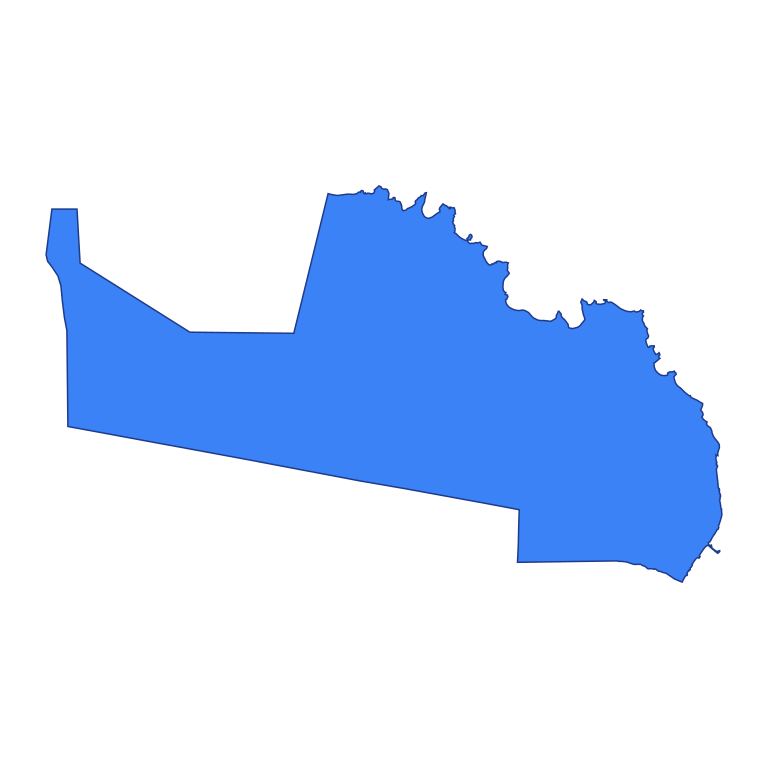 the district of Aleipata itupa i Lalo, Atua, Samoa
{"feature_id": "51752279B65562050624331", "entity_name": "Aleipata itupa i Lalo", "entity_type": "district", "adm_level": 2, "iso_a3": "WSM", "parent_name": "Samoa", "parent_adm1": "Atua", "projection": "mercator", "projection_center": [-171.461, -13.991], "detail": "fine", "context": "isolated", "style": "filled", "palette": "blue", "viewbox_px": 768, "rotation_deg": 0, "n_neighbors": 0, "source": "geoboundaries", "source_scale": "gbopen_adm2", "svg_char_len": 5244}
<svg xmlns="http://www.w3.org/2000/svg" viewBox="0 0 768 768"><path d="M149.8,441.6L196.6,450.2L216.1,453.8L245.9,459.3L360.9,481.1L404.1,488.5L477.5,501.9L519.2,509.7L518.7,526.8L518.3,544.9L517.5,562.3L616.8,560.9L618.5,561.3L621.9,561.4L626.4,561.9L633.9,564.4L640.7,564.3L642.4,565.5L645.0,566.4L647.9,568.8L652.6,568.7L653.6,569.3L655.4,568.9L658.4,571.2L660.1,571.4L663.7,572.7L666.0,573.2L674.6,579.0L682.1,582.1L684.6,577.3L685.7,575.7L687.1,575.4L687.4,574.3L686.8,573.5L688.9,570.2L689.5,570.5L690.3,569.3L690.2,567.8L691.3,567.0L692.4,565.0L692.0,564.5L694.1,561.2L696.2,558.5L698.0,557.4L699.0,558.2L700.1,556.7L699.3,555.5L701.0,552.8L704.5,547.8L706.5,545.8L708.1,545.3L716.4,552.3L717.8,553.3L719.8,551.5L719.6,550.6L717.9,551.3L716.3,551.3L712.9,548.8L711.9,547.8L711.4,545.1L709.5,545.5L708.6,544.4L708.4,542.6L709.7,541.9L711.0,540.0L712.1,537.6L715.0,533.4L717.2,529.5L718.0,529.4L718.8,527.6L718.4,526.4L720.2,521.1L721.7,515.8L721.9,513.9L721.6,511.9L721.6,509.0L721.0,508.8L720.6,505.4L719.6,499.8L720.1,499.0L720.2,496.2L720.6,496.1L720.2,494.0L719.6,493.8L719.5,491.7L718.9,490.6L719.6,489.9L719.2,488.5L718.5,488.4L718.2,487.2L717.8,481.9L716.5,471.0L716.4,468.7L717.5,466.7L717.4,465.2L716.3,465.0L716.2,463.2L716.9,462.9L715.8,458.5L716.3,455.8L715.9,455.0L717.9,455.7L717.7,453.0L719.4,447.6L719.3,444.7L718.2,442.6L714.7,438.2L713.2,435.8L712.0,432.7L711.8,430.9L710.4,427.7L708.2,426.2L707.1,425.3L706.5,423.6L707.1,422.0L705.6,421.2L703.3,419.3L701.9,417.0L703.1,414.9L702.7,412.7L702.1,411.8L700.7,410.2L702.6,405.2L702.6,403.4L700.8,402.6L697.3,400.3L691.2,397.6L690.3,395.6L689.2,395.8L685.0,392.5L680.7,388.2L677.5,385.8L675.5,383.1L674.3,379.0L673.9,376.8L676.2,374.2L675.7,372.7L674.7,372.2L674.3,371.1L672.5,371.9L669.5,371.9L667.7,373.0L667.5,375.1L666.1,375.5L663.7,375.6L661.1,375.2L658.5,373.6L656.8,371.9L655.4,370.2L654.4,367.5L654.0,364.6L654.0,362.9L655.2,362.4L659.9,358.3L659.0,357.6L658.7,355.9L659.7,355.3L659.7,353.9L659.0,352.7L658.4,353.4L655.9,354.6L653.9,351.4L653.0,348.4L654.3,347.1L654.1,345.7L650.0,346.0L649.5,347.2L648.3,347.4L647.0,345.0L645.8,341.1L646.1,339.1L647.9,338.0L648.6,336.0L647.4,333.0L646.8,330.5L647.5,328.8L644.9,326.1L643.9,323.4L642.3,320.5L642.6,317.1L643.5,316.0L642.8,315.6L642.2,313.5L643.6,312.0L643.3,310.8L642.2,311.0L640.8,310.0L639.2,311.4L636.1,312.1L634.2,311.0L630.7,311.8L627.4,311.4L624.8,310.6L621.2,309.0L619.6,308.0L615.9,305.1L612.3,302.7L610.3,302.0L608.7,302.6L606.6,301.1L606.8,299.8L603.7,299.7L604.1,300.6L605.6,301.0L605.4,302.4L604.6,303.5L600.8,304.3L597.2,304.1L596.1,303.4L596.2,301.7L594.3,300.4L593.9,301.9L590.8,304.7L589.9,304.9L587.5,304.4L586.9,302.3L586.0,301.5L584.0,300.8L582.1,299.0L580.8,302.1L582.3,305.8L582.0,307.0L582.3,309.7L583.5,315.0L584.4,317.3L584.9,319.7L579.8,325.9L577.6,327.3L572.7,328.6L569.4,328.0L568.6,327.3L568.0,324.2L564.5,319.5L562.5,317.9L561.4,316.2L561.0,313.8L558.9,311.2L558.2,311.4L557.7,313.1L556.5,315.0L556.0,318.3L552.0,320.7L550.7,321.3L543.7,320.5L541.1,320.6L537.9,320.1L534.0,318.2L532.5,317.1L528.5,312.5L525.1,310.6L522.6,310.0L518.8,310.6L515.3,310.1L511.9,308.8L509.0,307.1L506.7,304.4L505.9,302.3L505.6,299.6L506.7,299.2L507.9,296.7L507.4,295.0L505.1,294.4L505.9,292.5L504.9,292.3L503.4,290.4L502.9,287.4L503.2,282.1L504.1,279.5L505.4,277.6L507.0,276.3L509.3,273.3L507.2,270.3L507.7,268.9L507.6,264.7L508.3,262.9L506.2,262.2L502.3,262.5L500.8,261.5L498.5,261.1L496.4,261.6L496.4,262.7L494.6,262.8L492.8,264.4L492.1,263.8L490.2,265.2L488.5,264.4L486.2,261.6L483.2,255.5L483.3,252.2L483.9,250.9L486.6,248.4L487.3,246.5L481.8,245.1L480.1,242.2L477.7,242.9L475.4,242.6L474.0,243.5L471.8,243.2L470.1,243.7L468.0,242.1L467.7,241.3L468.3,240.0L470.5,240.0L470.9,238.5L472.1,237.1L471.7,235.3L470.7,234.4L469.3,235.1L468.7,237.1L466.9,238.7L467.2,239.7L466.0,240.6L462.2,238.8L459.9,237.4L456.1,233.7L454.2,232.6L454.8,231.6L455.1,228.4L454.3,227.0L454.7,225.7L453.3,223.9L452.6,222.0L453.4,221.1L453.3,218.7L454.4,216.5L453.6,215.7L454.5,214.3L455.5,213.8L454.9,211.3L455.2,210.7L454.1,207.7L452.2,208.0L451.3,207.3L449.7,207.3L450.2,208.4L449.6,208.9L446.5,205.8L445.2,205.4L443.0,203.9L439.8,207.7L439.3,209.2L439.9,210.6L439.9,211.9L438.4,212.6L434.5,215.3L432.4,217.0L428.7,218.3L427.0,218.1L424.4,216.6L422.5,213.1L421.7,209.6L422.2,206.9L424.5,202.1L424.7,200.0L426.4,192.7L425.0,193.0L423.1,195.7L421.2,195.6L420.3,196.9L418.3,198.0L417.5,199.2L415.5,200.9L415.2,202.0L415.7,203.3L415.0,204.5L411.8,206.7L408.4,208.3L407.6,208.5L405.8,210.2L402.8,210.7L401.8,208.3L401.7,205.8L400.2,202.0L398.6,201.2L396.8,201.4L395.3,200.4L394.9,197.6L393.3,197.5L392.6,198.9L388.2,199.7L388.7,195.9L388.9,193.3L387.4,189.7L385.6,188.9L383.5,189.2L381.7,188.4L381.0,186.8L379.0,185.9L374.3,190.0L374.8,190.8L373.7,193.1L371.9,193.9L367.9,193.1L365.6,193.9L365.2,192.8L364.1,193.6L363.4,192.8L363.2,191.0L361.8,190.5L360.8,191.1L360.3,192.3L358.9,192.0L356.8,193.7L353.6,194.4L347.7,194.1L337.7,195.5L332.2,194.7L328.1,193.6L293.8,333.3L189.9,332.2L165.6,316.9L127.8,293.1L80.1,263.1L77.0,209.1L51.9,209.1L46.1,254.8L47.6,261.3L52.1,267.1L57.9,275.9L60.9,285.7L62.4,301.2L64.4,317.5L66.9,330.6L67.9,426.5L113.1,434.8L134.1,438.7L149.8,441.6Z" fill="#3b82f6" stroke="#1e3a8a" stroke-width="1.5"/></svg>